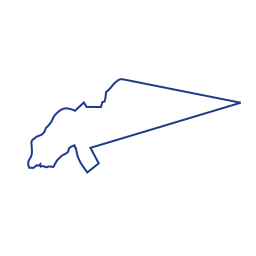 the district of Kisumu Central, Nyanza, Kenya, rotated 226°
{"feature_id": "3690345B55069358333072", "entity_name": "Kisumu Central", "entity_type": "district", "adm_level": 2, "iso_a3": "KEN", "parent_name": "Kenya", "parent_adm1": "Nyanza", "projection": "equal_earth", "projection_center": [34.761, -0.118], "detail": "fine", "context": "isolated", "style": "outline", "palette": "blue", "viewbox_px": 256, "rotation_deg": 226, "n_neighbors": 0, "source": "geoboundaries", "source_scale": "gbopen_adm2", "svg_char_len": 1897}
<svg xmlns="http://www.w3.org/2000/svg" viewBox="0 0 256 256"><g transform="rotate(226 128 128)"><path d="M67.9,226.6L167.1,157.8L168.3,156.4L169.0,154.9L169.3,153.3L169.5,151.8L169.5,149.4L169.5,147.6L169.3,145.8L169.0,143.9L169.0,142.1L168.8,140.1L169.0,138.3L169.0,136.9L168.2,136.4L167.6,135.3L166.9,134.6L164.6,131.7L163.3,129.3L164.5,127.7L161.9,123.1L172.0,112.8L177.0,114.0L177.2,101.9L178.1,101.6L179.4,100.9L180.8,100.2L182.4,99.3L183.5,98.4L184.9,97.5L185.9,96.2L186.8,94.8L187.5,92.7L188.0,90.5L188.1,88.6L188.1,86.7L188.1,84.9L187.9,83.3L187.5,82.1L187.1,80.8L186.5,79.4L185.9,77.9L185.5,76.0L185.3,74.5L185.2,73.5L185.0,71.9L185.0,70.3L185.0,69.2L184.5,67.7L183.7,66.3L183.2,64.4L183.1,62.8L183.2,61.2L183.7,60.0L184.1,58.7L184.8,57.5L185.2,56.2L185.4,55.0L185.5,53.8L185.6,52.6L185.8,51.2L185.4,49.5L184.4,48.1L183.4,47.4L182.5,46.6L181.3,45.7L180.1,44.5L178.9,43.6L177.8,42.6L177.2,41.9L176.5,41.1L175.6,40.0L175.1,38.8L174.5,37.6L174.2,36.4L173.9,34.9L173.4,33.8L173.0,32.9L172.1,32.0L171.2,31.0L170.0,30.1L168.8,29.9L167.9,29.4L166.2,31.1L165.0,32.2L164.9,33.4L164.8,35.2L164.5,36.7L163.4,37.0L162.9,38.2L162.9,39.7L161.9,38.9L160.9,38.4L160.5,39.4L159.5,40.4L158.4,41.1L157.6,41.3L156.6,41.8L156.1,42.8L155.7,43.8L155.1,44.6L154.3,45.3L153.0,46.3L151.9,47.1L152.0,48.3L152.5,49.4L152.9,50.4L153.1,51.6L153.8,53.5L154.0,55.0L154.0,56.6L154.1,58.1L154.1,59.6L154.0,61.2L153.7,62.9L153.2,64.1L152.9,65.3L152.5,66.7L152.5,68.0L153.1,69.4L154.0,70.7L154.3,71.9L154.2,73.3L153.9,74.7L153.3,76.2L152.7,77.5L151.8,77.1L151.0,76.4L150.2,76.6L149.2,76.2L147.7,75.2L147.0,74.7L146.0,74.1L144.9,73.5L143.7,72.8L142.8,72.3L141.8,71.7L140.6,71.3L139.3,70.8L138.3,70.5L137.3,70.2L136.2,69.8L135.2,69.6L134.2,69.4L133.0,69.2L131.8,69.0L130.6,68.8L129.3,68.6L128.1,68.4L126.9,68.2L125.8,68.0L124.3,67.8L122.9,82.4L139.8,87.2L67.9,226.6Z" fill="none" stroke="#1e3a8a" stroke-width="2"/></g></svg>